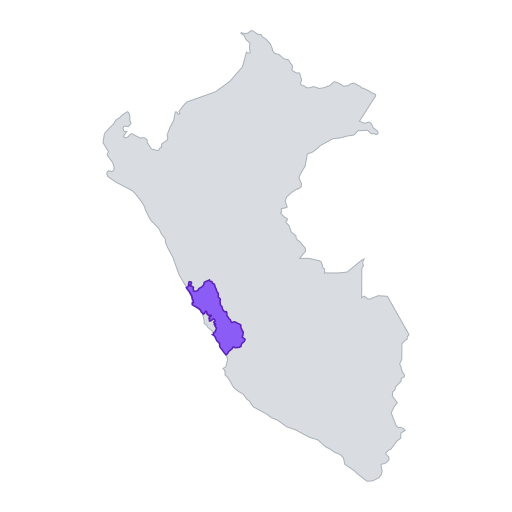 Lima highlighted on a map of Peru
{"feature_id": "PER-591", "entity_name": "Lima", "entity_type": "Department", "adm_level": 1, "iso_a3": "PER", "parent_name": "Peru", "parent_adm1": "", "projection": "mercator", "projection_center": [-76.872, -11.804], "detail": "fine", "context": "in_parent", "style": "filled", "palette": "violet", "viewbox_px": 512, "rotation_deg": 0, "n_neighbors": 0, "source": "natural_earth", "source_scale": "10m", "svg_char_len": 8807}
<svg xmlns="http://www.w3.org/2000/svg" viewBox="0 0 512 512"><path d="M378.0,132.3L377.9,133.9L375.9,134.6L374.1,133.5L371.4,133.9L367.4,130.2L357.9,130.8L353.7,135.1L347.3,136.0L340.4,137.9L332.6,138.8L320.3,145.6L317.5,148.4L311.9,152.4L307.4,153.8L305.1,166.2L300.7,173.5L298.9,177.5L301.4,183.5L301.3,186.5L298.8,188.8L296.8,189.1L292.6,191.7L286.3,197.2L285.2,201.4L287.2,207.0L286.5,207.6L281.3,208.7L281.5,211.8L280.4,213.0L284.8,217.5L287.2,218.6L287.4,219.7L286.9,220.8L286.0,221.3L285.9,222.3L289.0,225.6L291.4,232.3L295.9,235.6L296.0,237.7L297.3,239.9L299.7,241.5L305.3,248.2L305.4,251.3L299.6,258.4L309.1,258.4L319.7,260.8L321.1,262.0L322.4,265.2L322.5,267.3L324.7,269.0L324.4,272.9L338.3,273.0L347.3,272.0L361.8,260.0L364.1,259.0L362.9,261.6L362.7,263.5L363.5,265.6L361.8,268.5L361.7,297.7L364.3,296.1L367.7,298.9L370.2,299.0L378.2,295.7L387.4,296.3L409.0,334.6L407.1,337.2L407.2,339.2L404.6,340.8L401.9,343.9L401.8,359.3L399.6,363.9L400.8,366.3L402.0,371.2L404.0,374.1L404.5,376.0L404.3,376.8L401.3,378.4L401.1,381.2L395.7,386.7L394.7,390.4L392.7,391.7L392.3,395.9L397.2,402.7L394.1,406.8L391.2,412.9L396.1,425.6L398.2,427.5L400.3,427.4L403.5,428.5L405.2,430.4L401.3,432.8L400.6,433.9L400.9,438.1L396.6,441.3L390.8,449.4L389.2,449.8L386.3,452.2L385.8,453.4L386.3,454.6L388.8,457.0L389.0,459.9L384.8,463.6L381.9,464.0L380.8,465.0L382.0,469.9L382.0,472.2L381.1,474.9L379.0,477.7L372.8,480.8L367.1,481.3L357.4,473.8L354.4,470.8L344.9,464.4L343.4,457.8L340.2,454.6L334.3,452.1L329.6,448.7L326.1,447.2L317.5,439.7L309.6,437.4L295.0,429.6L287.0,427.0L276.9,419.7L271.4,417.7L267.0,414.3L253.7,407.1L251.7,404.8L249.6,401.2L246.7,399.1L243.4,394.3L238.4,391.4L233.7,387.6L227.8,377.4L225.1,375.1L224.9,370.5L223.0,368.4L225.8,366.9L227.6,359.7L226.7,356.1L219.9,346.5L218.6,342.5L213.7,335.2L211.9,330.8L208.0,327.6L206.4,324.8L204.2,323.6L204.1,320.2L202.6,313.8L200.4,310.6L192.6,304.5L191.8,298.0L190.1,293.4L179.2,275.0L172.9,257.4L167.6,247.6L165.4,242.0L165.3,238.9L161.3,233.8L159.2,229.0L150.4,219.8L145.3,209.7L144.6,206.7L141.1,201.1L135.4,193.8L132.6,190.9L115.7,182.0L107.7,176.5L106.8,173.7L107.1,172.1L108.9,170.6L111.3,171.7L112.8,171.2L114.0,169.3L114.0,166.2L112.5,162.4L107.1,154.9L108.5,151.5L103.0,142.8L104.3,134.4L105.5,132.2L113.7,123.7L116.0,120.0L119.5,117.8L123.1,114.3L127.5,111.7L128.7,112.6L130.0,117.2L129.8,120.2L131.0,123.6L128.0,126.7L124.7,126.0L123.5,126.8L123.0,128.2L123.5,130.6L124.3,131.5L126.8,131.6L123.5,136.1L123.7,137.0L126.0,137.8L128.2,136.7L130.5,134.1L131.9,133.7L140.2,138.1L144.1,137.6L147.0,139.6L147.4,142.8L151.5,149.1L157.7,150.6L158.7,150.1L160.1,147.7L161.5,147.4L161.7,143.9L167.1,140.2L167.9,137.7L167.1,135.9L167.3,134.5L170.4,126.2L171.4,125.4L172.3,122.7L173.5,121.1L175.3,111.9L176.8,112.0L178.2,114.2L179.9,113.6L179.0,111.5L179.3,110.8L185.2,103.5L187.1,101.9L215.6,91.7L229.9,81.3L242.5,66.8L246.4,52.1L247.8,53.1L250.2,52.7L249.4,46.8L250.0,44.0L249.9,43.1L246.0,39.6L244.4,35.7L241.0,33.5L241.1,32.7L244.8,33.5L248.0,33.1L250.8,30.7L252.9,30.9L257.6,34.3L261.1,34.6L262.2,36.9L265.5,38.7L270.3,43.8L272.5,49.3L272.4,50.3L274.5,53.2L279.1,54.6L283.8,58.7L288.6,59.9L290.7,63.6L292.0,64.8L292.7,66.9L291.9,69.4L292.6,70.7L296.2,72.9L299.2,73.0L299.9,74.0L301.6,80.1L300.5,83.1L300.9,84.8L304.9,86.3L306.1,87.6L309.2,87.9L313.7,86.6L319.3,88.5L323.6,87.8L325.5,87.3L327.5,86.0L329.2,86.0L333.6,82.1L334.8,81.8L339.5,83.5L343.4,86.2L348.3,85.7L350.3,84.0L353.8,83.1L360.2,86.4L361.5,87.9L363.3,88.2L370.1,91.5L371.3,92.8L374.9,94.0L375.7,95.1L375.4,96.3L359.4,121.3L364.4,123.3L369.0,122.0L371.4,123.7L373.2,127.8L376.8,130.5L378.0,132.3Z" fill="#d9dde1" stroke="#a8b0b8" stroke-width="1"/><path d="M226.0,354.9L225.4,354.1L224.6,353.3L223.1,351.2L221.2,348.7L220.4,347.8L220.2,347.2L219.8,346.7L219.6,345.6L219.7,344.7L219.6,343.7L219.2,343.0L219.0,342.7L217.3,341.3L216.8,340.7L215.8,338.7L215.6,338.4L215.6,337.7L215.4,337.2L215.0,336.9L214.3,335.8L213.2,335.1L212.7,334.7L212.9,334.7L213.1,334.6L213.3,334.5L213.6,334.1L213.7,333.9L213.7,333.6L213.7,333.3L213.7,333.0L213.9,332.4L215.3,331.8L215.5,331.6L215.6,331.4L215.5,331.2L215.4,331.1L215.4,330.6L215.5,330.4L215.6,330.2L215.8,329.9L215.9,329.7L216.0,329.5L216.2,329.1L216.4,328.5L216.4,328.3L216.5,328.1L216.4,327.9L216.1,327.6L215.9,327.4L215.5,326.6L215.4,326.5L215.2,326.3L215.1,326.1L214.9,325.8L214.9,325.5L214.8,325.2L214.5,324.9L214.3,324.6L214.4,324.3L214.7,324.2L214.8,324.1L215.0,324.1L215.6,324.4L215.6,324.2L215.3,323.7L214.9,323.4L214.5,323.0L214.2,323.0L214.0,322.9L213.9,322.8L213.9,322.0L213.9,321.8L214.2,321.6L214.4,321.5L214.6,321.5L215.0,321.2L215.2,320.9L215.2,320.7L214.8,319.9L214.7,319.8L214.6,319.6L214.0,319.0L213.8,318.9L213.5,318.7L213.4,318.7L213.1,319.1L212.1,320.0L211.7,320.2L211.5,320.4L211.4,320.5L211.2,320.6L210.8,320.7L210.1,321.0L209.9,321.1L209.7,321.1L209.4,321.0L209.4,320.6L209.5,320.4L209.4,320.1L209.5,320.0L209.4,319.8L209.5,319.4L209.6,319.2L209.7,318.9L209.4,318.8L209.2,318.8L209.0,318.7L209.0,318.4L209.0,318.1L209.0,317.9L209.4,317.6L209.5,317.4L209.5,317.0L209.7,316.8L209.8,316.7L210.0,316.7L210.4,316.7L210.6,316.6L211.2,315.8L211.4,315.5L211.3,315.4L211.0,315.3L210.4,315.3L209.9,315.1L209.5,315.1L209.2,315.2L209.1,315.4L208.9,315.6L208.7,315.6L208.4,315.5L208.3,315.3L208.2,315.2L207.9,314.9L207.7,314.3L207.7,314.0L207.5,313.9L207.3,314.0L206.8,313.8L206.7,313.7L206.6,313.1L206.8,312.6L206.8,312.3L206.9,312.1L206.8,311.9L206.5,311.5L206.3,311.4L206.1,311.2L205.9,311.1L205.6,311.1L205.5,311.3L205.2,312.1L205.0,312.4L204.8,312.7L204.5,312.8L204.5,313.0L204.4,313.2L204.5,313.4L204.5,313.5L204.4,313.6L203.8,313.8L203.2,314.2L202.8,313.4L202.4,312.9L202.1,312.7L201.8,312.6L201.5,312.4L201.1,311.8L201.0,311.6L201.2,311.4L201.2,311.2L200.7,310.5L200.3,309.9L200.1,309.6L199.9,309.5L199.7,309.4L199.5,309.2L199.2,308.8L198.7,308.5L197.7,308.1L196.9,307.4L193.2,305.4L192.5,304.9L192.2,304.7L192.3,304.4L192.2,303.8L192.1,303.3L192.3,303.1L192.2,302.9L192.4,302.7L192.6,302.7L192.9,302.8L193.1,302.6L193.4,302.6L193.5,302.2L193.5,301.5L193.2,301.0L192.9,300.6L193.1,300.3L192.6,299.7L192.4,299.1L192.5,298.8L192.3,298.4L191.9,297.8L192.0,297.6L192.2,297.4L192.0,296.9L191.8,296.5L191.8,296.2L191.7,295.7L191.4,295.2L191.0,294.8L190.7,294.2L190.7,293.8L190.1,293.3L189.7,292.9L189.7,292.6L189.8,292.3L189.4,291.8L189.4,291.6L188.7,290.9L188.3,290.7L188.2,290.4L188.1,290.1L187.9,289.9L187.4,289.4L186.3,287.7L187.0,287.1L187.6,286.9L187.8,286.8L188.0,286.6L188.2,286.4L188.4,285.9L188.5,285.6L188.5,285.3L188.5,285.2L188.4,284.8L188.4,284.6L188.4,284.3L188.8,283.3L188.8,283.0L188.9,282.1L189.0,281.9L189.3,281.7L189.6,281.7L190.9,281.8L191.3,282.2L191.4,282.4L191.6,282.9L191.5,283.3L191.3,283.7L191.2,284.0L190.7,284.5L190.1,284.9L189.7,285.2L189.7,285.3L189.6,285.7L189.8,285.8L190.3,286.0L190.6,286.0L191.2,285.9L191.5,285.9L191.7,286.0L192.2,286.5L192.4,286.7L193.1,287.0L193.3,287.1L193.5,287.4L193.5,287.7L193.5,287.9L193.3,288.4L193.2,288.7L193.2,288.9L193.2,289.2L193.3,289.5L193.5,289.9L193.5,290.2L193.6,290.5L193.5,291.0L194.1,291.2L195.6,291.3L195.9,291.2L197.2,290.7L198.0,290.2L198.8,288.6L201.3,287.2L201.9,286.8L203.1,285.6L203.6,284.8L203.9,284.3L203.9,284.0L204.1,282.8L204.1,282.5L204.3,282.3L205.3,281.7L209.5,279.9L209.7,280.7L209.8,280.9L210.0,281.2L210.3,281.4L210.6,281.4L210.9,281.4L211.2,281.4L211.8,281.5L212.0,281.7L212.1,282.0L212.2,282.6L212.4,283.1L213.3,283.7L213.5,283.7L213.9,283.8L214.5,284.8L214.8,285.2L215.2,287.2L215.4,287.6L216.0,288.7L216.2,289.2L216.4,289.5L216.6,291.1L217.1,291.9L217.9,292.7L218.2,293.3L218.4,295.4L218.3,296.8L218.3,297.1L218.4,297.3L218.5,297.5L219.7,298.2L220.0,298.6L220.3,299.2L220.3,299.5L220.3,299.9L220.1,301.6L220.3,304.1L220.6,305.1L221.7,306.3L222.1,306.9L222.1,307.4L222.9,309.9L223.3,310.4L223.5,310.8L223.8,311.0L224.4,311.3L224.6,311.5L224.9,311.9L225.1,311.9L225.5,311.6L225.8,311.5L226.3,311.7L226.6,311.9L226.7,312.1L226.8,312.4L226.8,313.5L227.0,314.6L227.0,315.6L227.1,316.0L228.3,317.3L228.5,317.6L228.7,318.4L228.8,318.6L229.0,318.8L229.5,319.1L230.3,319.7L231.2,321.9L231.4,322.2L231.8,322.5L232.0,322.5L232.4,322.4L233.6,321.9L233.9,321.8L234.4,321.8L234.7,321.8L236.7,322.7L236.9,322.8L237.1,323.0L237.7,323.4L239.6,324.1L240.8,325.0L241.0,325.7L240.6,326.6L240.6,327.1L240.9,327.5L242.6,331.2L243.0,331.5L243.3,332.5L243.0,334.6L242.9,335.2L242.5,336.0L242.4,336.8L242.4,337.2L242.5,337.5L243.6,338.1L245.0,339.1L245.0,339.9L244.4,341.0L243.8,341.9L242.7,342.8L241.9,343.3L241.7,343.6L241.5,344.1L241.2,345.6L240.9,346.5L240.3,346.8L239.6,347.2L239.3,347.3L237.0,347.6L235.3,347.7L234.8,347.6L233.6,347.0L233.5,346.9L233.4,346.9L233.2,346.9L233.1,347.0L232.9,347.3L232.5,348.1L232.4,348.4L232.1,348.7L228.7,351.5L228.5,351.8L227.6,353.5L227.2,354.0L226.0,354.9L226.0,354.9Z" fill="#8b5cf6" stroke="#5b21b6" stroke-width="1.5"/></svg>